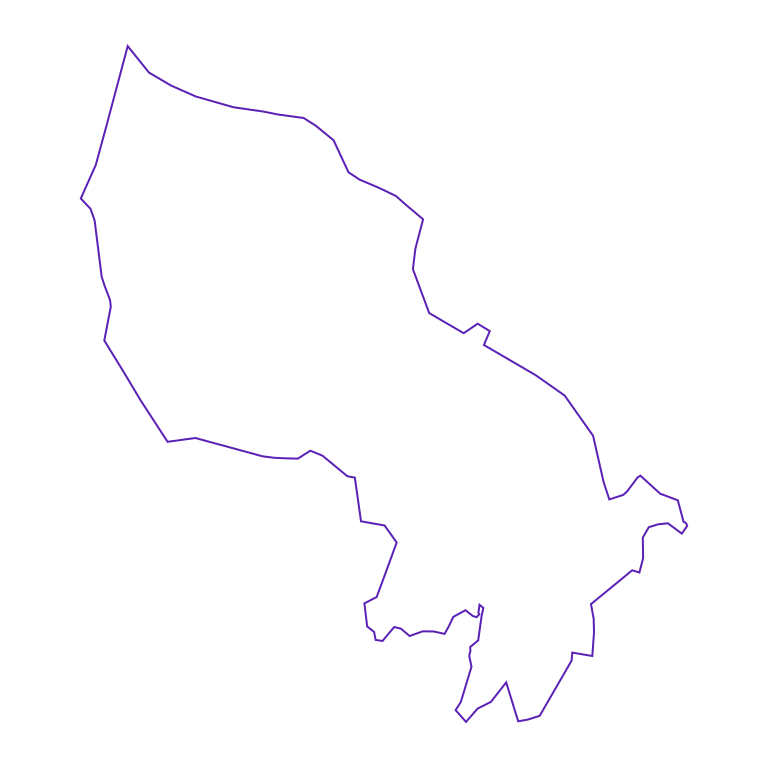 Guzamala, Borno, Nigeria (Equal Earth projection)
{"feature_id": "59680162B36028411577107", "entity_name": "Guzamala", "entity_type": "district", "adm_level": 2, "iso_a3": "NGA", "parent_name": "Nigeria", "parent_adm1": "Borno", "projection": "equal_earth", "projection_center": [13.284, 12.86], "detail": "fine", "context": "isolated", "style": "outline", "palette": "violet", "viewbox_px": 768, "rotation_deg": 0, "n_neighbors": 0, "source": "geoboundaries", "source_scale": "gbopen_adm2", "svg_char_len": 1571}
<svg xmlns="http://www.w3.org/2000/svg" viewBox="0 0 768 768"><path d="M681.8,533.6L687.2,525.9L686.4,523.8L685.1,522.4L683.6,521.9L677.8,500.3L660.2,493.7L640.4,475.7L637.7,477.3L626.8,491.8L623.0,495.0L609.3,499.4L603.6,482.1L593.1,435.8L564.7,395.6L535.7,375.2L483.9,345.0L489.8,331.1L477.6,323.7L463.7,333.2L429.2,313.1L412.9,269.1L415.4,248.6L423.1,219.3L404.8,203.9L396.1,196.1L378.4,187.6L359.7,179.7L348.5,172.3L333.6,140.3L315.5,125.5L303.6,118.0L278.0,114.5L263.7,111.6L233.2,107.2L195.8,96.5L171.1,85.6L149.0,72.6L127.7,46.1L107.2,123.0L95.8,164.9L80.8,198.5L90.5,208.8L94.6,220.3L101.7,276.9L104.8,286.3L110.0,299.9L110.8,306.7L104.3,340.5L123.8,372.2L140.9,400.8L167.6,441.8L195.3,438.0L262.5,456.3L274.4,457.8L287.6,458.4L297.9,458.6L310.3,450.7L322.5,455.7L347.3,476.2L354.8,477.6L357.9,499.1L361.0,521.3L384.6,525.5L396.7,542.5L384.3,576.4L379.4,589.7L376.6,597.1L372.0,599.4L364.4,603.4L367.2,626.5L374.1,631.9L375.6,639.9L382.5,641.0L394.2,627.0L401.0,628.7L409.6,636.0L422.8,631.3L433.8,631.5L444.6,633.9L448.8,626.3L453.3,616.9L457.6,614.5L465.5,610.2L472.8,616.0L476.6,617.2L479.3,614.2L478.4,612.7L479.5,604.8L483.4,608.0L481.7,615.3L480.3,625.1L478.2,640.4L470.2,647.0L470.4,651.6L469.7,653.1L469.3,656.3L471.5,666.7L460.8,702.0L455.6,710.1L466.0,721.9L477.6,708.6L491.0,701.8L506.2,682.4L518.2,721.3L527.8,719.6L539.7,715.8L571.6,660.6L572.3,652.6L592.3,656.0L594.0,632.5L593.7,619.0L591.0,604.1L632.2,570.3L639.4,572.5L643.1,558.3L642.8,537.6L648.8,527.2L658.2,524.3L667.9,523.3L681.8,533.6Z" fill="none" stroke="#5b21b6" stroke-width="2"/></svg>